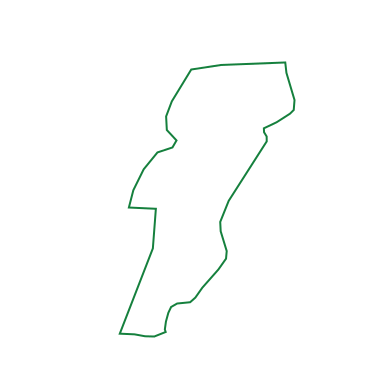 an SVG outline of Sal, rotated 30°
{"feature_id": "CPV-5056", "entity_name": "Sal", "entity_type": "state/province", "adm_level": 1, "iso_a3": "CPV", "parent_name": "Cabo Verde", "parent_adm1": "", "projection": "orthographic", "projection_center": [-22.924, 16.727], "detail": "fine", "context": "isolated", "style": "outline", "palette": "green", "viewbox_px": 384, "rotation_deg": 30, "n_neighbors": 0, "source": "natural_earth", "source_scale": "10m", "svg_char_len": 673}
<svg xmlns="http://www.w3.org/2000/svg" viewBox="0 0 384 384"><g transform="rotate(30 192 192)"><path d="M200.3,350.8L186.3,260.4L169.1,224.6L145.1,237.0L140.3,219.8L138.8,196.5L142.3,175.0L152.8,163.2L152.8,155.1L139.2,150.9L131.8,139.5L129.2,123.6L130.1,86.3L153.6,67.5L208.0,33.2L214.2,41.6L234.8,61.1L239.1,70.1L237.7,75.2L230.4,89.3L222.4,100.9L224.5,104.2L228.9,106.6L231.4,110.8L228.2,181.3L231.4,203.8L236.5,211.7L251.6,225.8L254.8,232.7L253.6,245.9L248.8,269.6L247.7,281.8L245.5,288.4L234.9,296.0L231.4,302.0L231.9,308.4L234.2,317.2L237.2,324.6L239.2,326.4L231.6,336.0L223.5,340.4L213.4,344.0L200.3,350.8Z" fill="none" stroke="#15803d" stroke-width="2"/></g></svg>